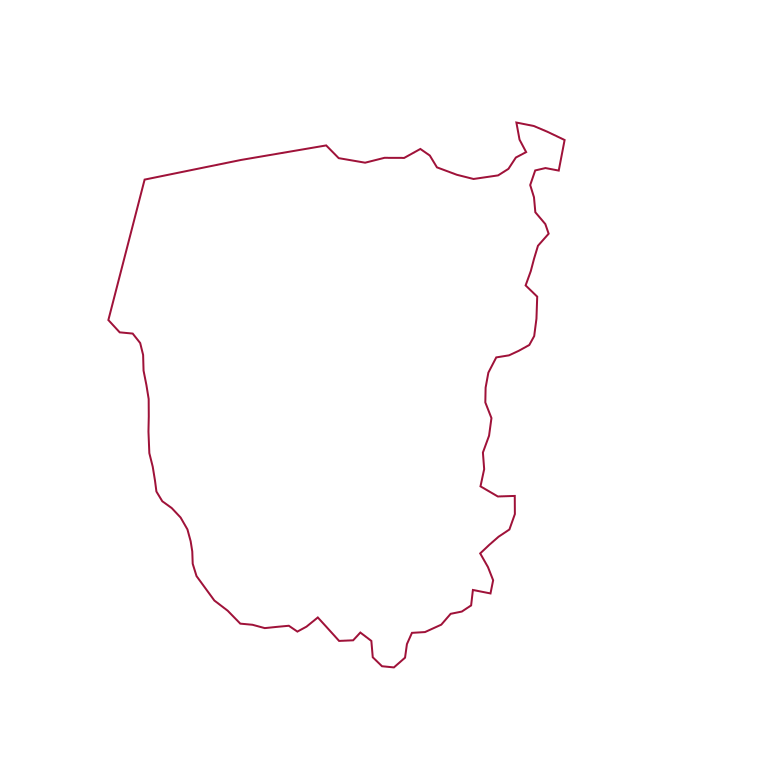 outline of Pinhão, Sergipe, Brazil, rotated 251°
{"feature_id": "56859067B90079031840877", "entity_name": "Pinhão", "entity_type": "district", "adm_level": 2, "iso_a3": "BRA", "parent_name": "Brazil", "parent_adm1": "Sergipe", "projection": "albers", "projection_center": [-37.772, -10.576], "detail": "fine", "context": "isolated", "style": "outline", "palette": "rose", "viewbox_px": 768, "rotation_deg": 251, "n_neighbors": 0, "source": "geoboundaries", "source_scale": "gbopen_adm2", "svg_char_len": 1474}
<svg xmlns="http://www.w3.org/2000/svg" viewBox="0 0 768 768"><g transform="rotate(251 384 384)"><path d="M204.2,170.1L199.2,181.2L192.0,191.8L189.2,203.8L186.4,215.3L178.1,221.5L179.8,231.7L184.8,245.4L173.5,250.3L155.7,257.9L151.7,271.4L156.7,280.7L145.2,288.4L129.3,284.4L117.8,290.2L112.8,301.1L118.4,314.8L130.6,321.0L139.6,329.4L136.1,342.0L137.8,359.8L145.0,372.2L143.5,383.5L146.3,394.3L160.3,401.0L151.3,416.5L162.9,423.3L177.0,422.7L192.5,419.8L197.7,431.3L202.3,442.6L205.6,455.2L218.4,465.4L235.6,471.2L240.6,455.0L255.8,441.9L270.9,451.0L287.0,455.2L300.9,466.5L316.8,474.5L333.6,473.8L347.5,478.9L360.8,486.4L372.6,498.8L370.4,511.5L371.5,522.1L373.6,534.1L380.4,541.6L396.1,549.4L416.7,557.3L431.1,550.0L442.9,559.5L453.5,566.6L464.6,574.6L472.5,588.6L482.7,588.6L497.1,583.0L511.7,586.6L524.5,587.0L536.7,596.5L535.6,607.0L528.9,618.7L555.9,634.2L569.4,620.5L579.2,609.6L588.1,594.3L570.9,591.7L557.0,593.9L555.2,582.4L546.9,571.7L544.1,559.8L548.7,535.4L558.1,521.0L571.6,504.6L585.1,501.7L594.4,494.9L591.2,476.7L597.7,458.1L599.4,438.2L612.3,414.7L628.4,407.0L642.4,321.7L655.2,224.2L534.2,144.2L518.9,150.9L513.5,162.8L502.1,166.8L489.9,165.7L474.9,161.0L460.3,159.0L446.4,156.6L430.1,151.1L415.7,145.8L395.0,139.6L381.1,138.4L367.1,136.0L356.4,133.8L345.3,136.2L335.8,142.9L324.0,148.2L310.5,150.8L298.3,150.0L288.1,148.2L276.3,144.6L263.4,144.2L249.1,148.6L234.5,153.1L220.5,162.4L204.2,170.1Z" fill="none" stroke="#9f1239" stroke-width="2"/></g></svg>